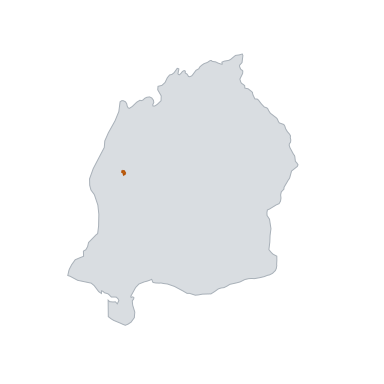 Silistea-Gumesti, Teleorman, Romania (highlighted), rotated 106°
{"feature_id": "2599482B10806735805591", "entity_name": "Silistea-Gumesti", "entity_type": "district", "adm_level": 2, "iso_a3": "ROU", "parent_name": "Romania", "parent_adm1": "Teleorman", "projection": "orthographic", "projection_center": [25.013, 44.369], "detail": "fine", "context": "in_parent", "style": "filled", "palette": "amber", "viewbox_px": 384, "rotation_deg": 106, "n_neighbors": 0, "source": "geoboundaries", "source_scale": "gbopen_adm2", "svg_char_len": 4091}
<svg xmlns="http://www.w3.org/2000/svg" viewBox="0 0 384 384"><g transform="rotate(106 192 192)"><path d="M291.6,213.2L295.1,217.7L299.4,219.9L309.1,222.1L310.0,221.7L310.0,221.2L309.3,220.6L309.2,219.7L309.6,218.7L310.9,218.6L313.2,219.4L317.2,217.8L323.2,213.9L328.7,212.8L333.9,214.7L336.7,217.1L338.5,219.4L338.2,222.4L337.9,224.2L337.0,231.9L336.2,234.8L334.9,238.1L319.1,242.8L320.1,240.9L319.5,237.7L318.7,235.3L320.1,233.0L316.5,232.4L315.0,233.7L313.9,235.9L315.2,240.6L313.6,243.4L313.0,244.9L313.0,248.4L312.1,250.0L311.9,251.7L314.5,251.1L313.5,254.2L308.9,260.3L307.4,263.8L308.4,277.6L306.6,286.0L306.5,288.4L301.4,288.7L299.8,288.6L294.9,287.6L289.3,285.6L285.9,281.4L283.7,278.5L279.1,280.0L278.2,279.7L276.9,278.2L273.4,277.3L269.0,277.5L259.2,272.2L258.1,271.2L250.5,272.4L239.1,275.4L230.5,278.9L221.5,285.1L217.9,289.7L213.7,292.2L207.6,294.1L196.8,293.4L185.5,291.1L173.4,288.6L166.9,289.9L158.1,288.7L144.8,285.6L134.9,284.5L125.1,286.0L123.5,284.6L123.2,283.1L123.6,280.9L125.0,279.2L127.4,277.9L128.7,276.6L128.9,275.3L126.3,273.0L120.9,269.9L118.8,267.9L118.2,267.4L118.1,265.7L117.0,264.4L115.0,263.3L113.4,261.5L112.3,259.0L112.7,256.6L114.4,254.4L116.5,253.4L119.0,253.8L120.1,253.2L119.7,251.6L117.3,249.5L112.8,246.9L108.1,248.1L103.2,253.1L99.8,253.8L97.8,250.3L94.2,248.1L88.9,247.2L85.7,245.8L84.5,243.7L82.3,242.1L77.2,240.3L77.2,238.7L78.1,238.4L79.9,238.3L82.3,238.1L82.8,237.2L82.8,236.4L81.0,235.3L79.0,234.5L78.1,233.8L77.5,233.0L77.4,232.2L78.0,231.6L78.7,231.6L79.5,231.2L80.0,229.3L81.2,227.9L81.9,227.3L81.9,226.2L81.2,225.1L80.2,224.1L78.7,223.5L73.9,221.7L71.5,219.3L70.1,219.2L67.7,217.8L65.3,215.8L63.2,212.9L60.9,211.0L60.4,210.2L60.3,209.5L60.8,208.8L60.8,207.9L60.4,205.2L60.9,202.4L61.0,199.7L61.0,198.5L60.6,198.1L60.1,198.5L59.5,198.9L58.9,199.0L57.3,197.0L55.3,192.9L53.9,191.4L51.1,189.5L48.7,187.8L47.2,184.4L45.5,181.7L46.8,180.7L53.8,179.6L57.0,181.2L58.4,180.8L59.9,179.6L60.8,178.7L61.0,177.7L61.7,176.5L64.1,176.0L70.3,177.1L72.9,175.4L73.8,174.5L74.5,172.4L75.2,170.7L77.5,169.9L77.5,168.3L77.3,166.6L78.8,162.8L79.6,161.3L80.9,160.8L82.5,159.6L85.2,157.2L84.7,155.0L85.3,153.5L88.2,149.6L90.4,145.9L90.4,144.1L90.8,142.4L92.7,140.7L94.7,138.4L97.6,131.1L98.5,129.9L100.2,128.6L101.5,127.2L101.8,122.4L103.0,121.0L105.3,119.5L107.6,117.1L109.5,114.2L110.9,112.8L112.7,112.5L114.7,111.4L116.9,111.0L119.0,111.7L120.4,111.4L122.5,110.0L127.9,104.7L128.6,103.6L129.7,102.9L134.0,101.1L135.1,99.3L136.6,97.6L138.4,97.8L144.4,102.1L151.0,102.0L152.2,102.1L152.6,102.2L153.4,102.6L162.0,104.8L163.4,104.6L163.8,104.4L167.3,106.2L170.4,106.0L173.3,104.8L176.4,104.4L179.2,105.1L181.3,107.6L186.9,112.7L188.5,114.6L191.1,114.3L193.9,113.4L196.8,110.0L205.5,106.0L212.2,105.0L218.7,103.4L226.2,102.2L228.4,99.0L229.5,96.8L230.3,92.8L234.3,91.6L238.2,90.7L239.5,90.2L242.3,89.9L244.5,90.2L247.9,92.1L250.3,94.6L251.3,96.5L253.4,99.2L255.6,103.1L258.1,108.2L258.7,110.9L259.7,113.7L261.6,117.1L265.0,120.8L265.5,121.5L267.1,124.2L270.3,130.1L272.8,132.4L275.1,134.9L276.2,137.5L277.8,139.9L281.6,142.9L284.7,145.7L287.3,153.8L289.2,157.6L290.3,160.4L290.1,166.3L290.8,168.8L289.6,173.5L287.6,182.8L287.2,190.2L287.8,194.1L288.0,196.7L288.6,198.3L289.4,201.6L289.7,204.5L288.8,205.4L287.6,206.2L287.1,206.8L288.3,208.1L290.0,210.5L291.6,213.2Z" fill="#d9dde1" stroke="#a8b0b8" stroke-width="1"/><path d="M192.2,264.7L192.1,264.4L192.0,264.2L192.2,263.9L192.3,263.9L192.4,263.7L192.5,263.7L192.8,263.4L193.0,263.3L193.1,263.2L193.3,263.1L193.5,263.0L193.6,262.9L193.8,262.8L193.9,262.7L194.1,262.6L194.3,262.5L194.4,262.4L194.2,262.3L194.2,262.2L193.9,262.1L193.8,261.9L193.7,261.8L193.6,261.7L193.5,261.4L193.4,261.4L193.4,261.5L193.2,261.8L192.9,261.7L192.7,261.7L192.4,261.5L192.3,261.4L192.1,261.3L191.9,261.5L191.6,261.8L191.5,262.0L191.4,262.0L191.1,262.3L190.9,262.5L190.7,262.7L190.5,262.8L190.5,263.4L190.6,263.5L190.6,263.8L190.7,264.0L190.6,264.3L190.8,264.4L191.0,264.3L191.2,264.5L191.3,264.6L191.4,264.9L191.4,265.0L191.7,264.9L191.8,264.8L192.1,264.7L192.2,264.7Z" fill="#f59e0b" stroke="#b45309" stroke-width="1.5"/></g></svg>